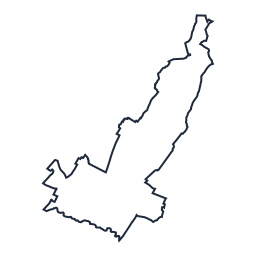 Crangurile, Dâmbovita, Romania (Equal Earth projection)
{"feature_id": "2599482B43839150366531", "entity_name": "Crangurile", "entity_type": "district", "adm_level": 2, "iso_a3": "ROU", "parent_name": "Romania", "parent_adm1": "Dâmbovita", "projection": "equal_earth", "projection_center": [25.247, 44.765], "detail": "fine", "context": "isolated", "style": "outline", "palette": "slate", "viewbox_px": 256, "rotation_deg": 0, "n_neighbors": 0, "source": "geoboundaries", "source_scale": "gbopen_adm2", "svg_char_len": 5777}
<svg xmlns="http://www.w3.org/2000/svg" viewBox="0 0 256 256"><path d="M161.9,216.9L162.1,215.4L163.2,211.5L162.5,210.4L161.9,210.1L161.9,208.2L162.1,207.8L162.1,207.2L162.3,207.1L163.2,207.1L164.1,207.7L164.8,204.2L163.4,203.6L165.6,198.7L165.9,198.4L152.6,193.2L155.0,188.8L153.4,188.5L153.0,188.3L152.4,187.9L149.5,185.2L148.2,184.3L145.2,182.5L147.3,180.6L145.6,179.2L155.1,170.4L156.0,170.3L156.5,170.1L157.3,170.4L157.7,170.3L158.0,169.8L158.6,169.8L171.4,152.1L172.8,150.2L172.7,149.7L172.7,148.7L173.8,147.5L173.9,146.9L173.7,145.4L173.7,145.2L173.0,144.2L175.8,140.9L180.5,134.9L180.6,134.6L181.6,133.4L181.9,133.4L182.2,133.6L182.9,133.7L183.1,133.4L184.1,132.3L185.0,131.6L185.7,130.4L186.5,129.5L186.9,128.3L187.2,127.6L187.5,127.1L187.6,126.8L186.8,125.5L186.9,124.8L186.7,123.9L186.0,122.4L186.0,121.7L186.3,120.7L186.3,119.8L186.3,117.4L186.7,117.0L187.3,115.6L187.8,114.2L187.8,113.7L188.1,113.0L191.1,109.0L191.1,108.7L191.0,108.0L191.3,106.9L191.8,105.7L192.7,102.9L194.1,100.5L196.9,96.8L197.4,95.5L197.7,93.7L198.3,92.2L198.9,91.5L201.3,80.6L201.3,76.1L201.8,75.7L202.6,74.3L204.5,72.2L206.4,69.1L207.7,67.3L209.7,65.3L210.9,64.4L212.9,63.9L212.8,63.4L212.4,63.0L212.0,62.0L211.9,60.8L211.6,60.6L211.3,59.8L210.6,58.9L210.0,58.0L209.6,57.1L209.0,56.4L209.0,55.9L208.6,54.7L208.6,54.2L208.2,52.6L208.2,52.4L208.3,52.1L208.8,51.5L209.0,51.0L208.9,50.1L208.7,49.4L207.0,48.3L205.8,47.7L204.7,47.1L201.6,44.7L200.2,44.1L201.1,42.7L201.8,42.0L202.4,41.9L204.1,40.8L204.5,40.7L206.1,40.9L206.3,40.3L206.7,39.1L207.0,37.7L207.0,37.3L207.7,36.1L206.7,34.3L206.0,31.3L205.4,29.7L209.4,23.1L212.1,21.7L212.4,21.4L211.0,21.0L208.9,19.6L208.0,20.4L207.3,21.6L205.6,16.9L205.5,15.6L196.8,15.4L196.3,18.2L196.3,20.6L196.4,21.6L196.2,22.0L196.1,22.6L195.9,22.9L195.4,23.6L195.0,24.0L194.9,24.8L194.2,26.0L194.1,26.4L193.8,27.4L193.6,28.6L193.0,30.5L192.4,31.4L192.1,32.3L191.6,35.1L190.9,38.1L190.5,38.9L190.3,39.0L189.3,40.6L187.7,41.9L186.7,42.1L185.2,43.2L188.0,53.7L188.3,54.0L189.4,54.4L190.1,54.4L190.2,55.0L189.5,55.3L189.4,55.0L189.1,54.9L188.2,55.4L187.4,56.0L187.1,56.5L186.3,57.1L186.2,57.7L184.9,58.1L184.4,58.4L183.4,58.7L173.5,59.2L168.6,61.5L169.6,62.7L168.8,64.4L167.7,65.7L167.0,66.4L165.6,66.6L165.3,67.0L165.1,67.5L164.7,67.7L163.7,67.8L163.0,68.1L160.9,70.6L160.4,71.6L160.1,72.0L158.9,72.8L158.0,73.8L158.1,74.2L158.1,74.5L158.6,76.3L158.6,76.9L158.9,77.8L159.0,78.7L158.4,79.8L157.6,80.6L157.3,81.0L157.0,82.3L156.2,82.9L156.1,83.4L155.3,83.9L155.0,84.3L155.3,84.9L155.1,85.6L155.3,85.8L155.0,86.5L155.0,86.8L155.1,87.2L154.8,87.5L154.8,88.1L155.1,88.5L155.9,89.2L156.3,89.3L156.9,89.9L157.1,90.2L157.2,90.9L157.5,91.5L158.2,92.0L155.7,95.2L153.3,97.5L151.5,99.7L150.6,101.4L150.0,103.2L149.1,105.1L148.6,106.0L147.1,110.1L146.6,110.6L145.8,111.1L143.4,113.3L142.5,115.8L141.6,117.0L140.6,117.6L140.9,118.3L139.6,119.0L138.5,120.5L137.6,121.7L136.2,120.7L135.2,122.0L129.7,118.7L129.2,118.3L128.9,117.9L128.6,118.0L127.5,117.9L127.4,119.0L124.7,118.6L124.4,119.7L123.6,119.6L123.1,121.8L122.0,121.5L120.7,124.3L119.6,124.5L119.1,125.0L119.0,126.3L118.9,127.3L120.2,128.3L118.6,131.0L116.7,133.9L119.5,135.3L118.3,138.0L117.3,139.8L116.5,141.7L116.1,142.2L112.8,150.8L111.0,156.2L109.8,160.4L107.6,167.3L105.8,172.4L88.9,163.7L89.0,163.1L89.0,162.9L88.6,162.5L88.4,162.0L88.6,160.9L88.5,160.0L87.9,159.5L88.0,158.3L86.6,156.4L85.2,154.9L83.3,157.8L82.3,157.4L82.1,157.8L81.3,157.4L80.3,159.0L78.6,158.1L75.4,163.6L77.2,164.6L75.9,166.8L75.8,167.1L74.6,169.2L73.0,171.5L71.5,174.0L68.3,176.6L66.2,177.7L64.8,174.5L63.9,173.2L62.5,171.8L60.5,169.6L59.3,166.8L58.1,162.6L57.6,160.8L55.2,160.0L54.9,160.1L47.3,168.7L49.1,170.0L50.5,170.8L50.8,170.7L51.4,170.1L52.2,169.5L53.3,170.7L53.4,171.1L53.3,171.6L52.9,172.8L51.9,174.1L51.7,174.1L51.6,174.3L50.3,175.2L49.7,175.7L49.3,176.5L43.6,182.6L43.1,183.3L43.9,183.7L44.1,184.1L44.6,184.4L45.5,184.8L46.5,185.4L47.4,185.8L49.6,186.5L50.1,186.9L50.9,187.2L53.0,188.0L54.5,188.5L55.6,188.6L56.1,188.5L56.6,188.7L56.6,188.8L56.0,189.7L53.5,194.6L57.3,196.3L54.6,201.9L54.3,201.8L52.0,200.7L51.7,199.7L51.4,199.6L51.2,199.7L49.4,203.3L43.6,209.5L46.3,211.0L46.5,211.1L50.6,209.5L51.3,209.3L52.7,209.2L53.8,208.2L54.7,208.3L55.8,207.7L56.6,207.8L57.0,208.2L57.3,208.9L57.7,211.4L58.3,212.2L59.1,212.4L60.3,212.9L61.2,212.8L62.8,212.4L63.2,212.6L63.7,213.2L63.8,213.8L63.5,215.2L64.3,216.1L65.7,216.6L66.5,216.8L67.5,216.9L68.3,217.2L69.0,217.2L70.5,216.9L70.9,216.9L71.3,217.2L71.5,218.0L72.0,218.5L74.8,219.0L75.2,220.0L75.6,220.3L75.9,220.5L76.9,220.5L77.3,220.3L77.8,220.5L78.0,220.7L78.5,221.5L79.1,221.9L79.8,222.1L81.1,222.2L81.6,221.9L82.3,221.1L82.9,221.1L83.7,220.6L84.3,220.4L85.3,220.4L86.0,220.8L86.9,220.9L87.9,221.0L89.6,221.9L90.0,222.3L90.0,222.7L89.9,223.3L90.0,223.9L90.7,224.0L91.4,224.0L94.4,224.5L95.1,225.0L95.6,225.5L95.9,225.9L96.0,226.3L95.9,227.0L96.4,227.4L98.5,227.6L99.9,227.4L100.4,227.7L100.8,228.2L101.4,228.7L102.1,229.0L102.6,229.1L103.0,229.6L104.5,230.5L105.1,230.7L106.5,230.5L107.4,228.2L109.2,228.2L109.6,228.3L110.6,228.8L110.8,229.3L110.9,230.1L110.7,231.3L110.8,231.5L111.2,231.8L111.9,232.0L113.0,231.8L114.2,232.0L115.2,232.4L115.8,232.4L116.0,232.8L115.8,233.9L115.8,234.4L115.7,234.8L115.3,235.3L115.0,235.8L115.1,236.2L115.5,236.5L116.6,236.6L117.5,236.0L118.8,236.0L119.3,236.5L119.1,237.1L119.4,237.9L119.2,238.3L119.3,238.5L119.5,238.6L119.6,239.0L119.4,239.3L119.0,240.0L119.2,240.6L123.3,235.7L123.5,235.3L129.0,227.0L132.3,221.8L132.6,221.7L135.6,217.2L136.0,216.4L136.4,215.8L136.6,215.1L137.2,215.7L138.5,216.2L144.5,217.2L145.8,217.7L148.2,218.8L149.3,219.5L150.5,219.8L151.1,220.2L153.2,222.0L155.4,220.5L157.0,220.2L157.4,219.9L157.7,219.2L158.7,218.2L159.5,217.5L160.8,216.9L161.2,216.8L161.9,216.9Z" fill="none" stroke="#1e293b" stroke-width="2"/></svg>